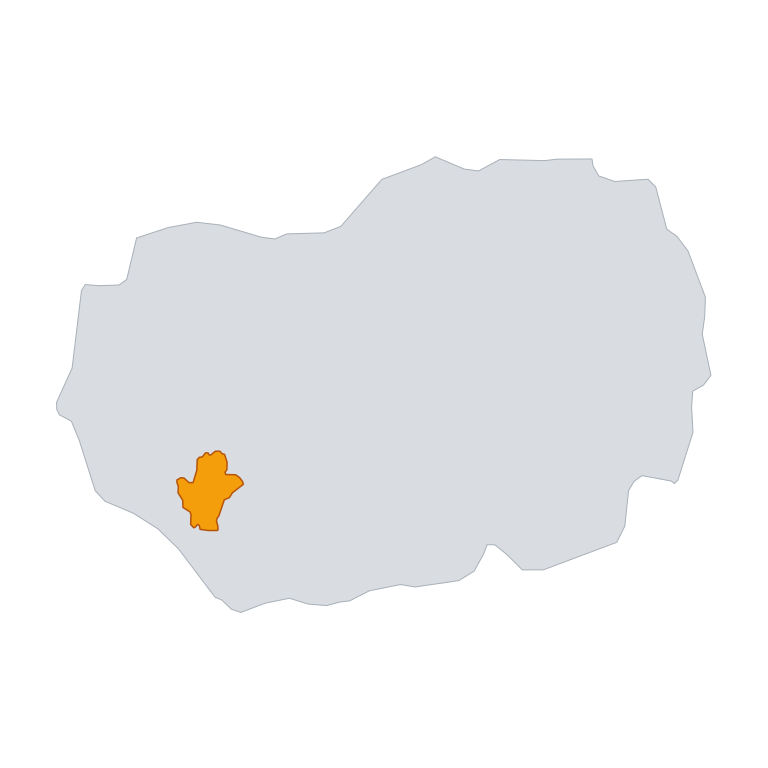 location of Kočani within North Macedonia, rotated 183°
{"feature_id": "MKD-2939", "entity_name": "Kočani", "entity_type": "Statistical Region", "adm_level": 1, "iso_a3": "MKD", "parent_name": "North Macedonia", "parent_adm1": "", "projection": "robinson", "projection_center": [22.392, 41.974], "detail": "coarse", "context": "in_parent", "style": "filled", "palette": "amber", "viewbox_px": 768, "rotation_deg": 183, "n_neighbors": 0, "source": "natural_earth", "source_scale": "10m", "svg_char_len": 1792}
<svg xmlns="http://www.w3.org/2000/svg" viewBox="0 0 768 768"><g transform="rotate(183 384 384)"><path d="M342.9,183.0L357.1,184.6L387.9,176.7L407.0,165.6L416.8,163.9L429.8,159.7L448.4,160.3L467.3,165.1L491.4,158.8L515.0,148.4L524.5,151.0L534.7,159.8L541.5,162.2L580.7,208.7L602.2,227.5L627.5,241.8L656.5,252.3L666.8,262.3L685.4,311.8L694.3,330.6L706.5,336.2L709.5,341.6L710.0,348.7L696.3,383.5L691.0,461.5L687.5,467.6L673.0,467.3L653.7,469.0L646.4,475.0L638.7,516.9L607.8,528.9L579.6,535.7L555.9,534.2L514.2,524.2L500.6,523.1L489.0,528.8L451.8,531.8L435.4,539.1L396.9,588.2L358.0,605.1L344.7,613.6L315.0,602.8L300.8,601.7L280.2,614.2L235.1,615.5L222.9,617.6L188.1,619.6L186.7,612.8L180.4,603.0L164.2,598.3L131.1,602.3L123.0,595.1L109.7,553.4L99.2,546.8L87.4,532.8L67.6,487.5L67.3,467.7L68.8,450.4L58.0,409.8L64.9,399.6L75.3,393.1L75.6,376.8L72.9,352.0L85.5,303.3L88.9,299.8L92.0,302.1L121.6,306.0L129.3,299.8L134.2,290.2L136.1,254.6L143.3,238.1L215.1,206.8L236.1,205.6L252.2,220.0L264.9,229.2L272.6,228.9L275.5,219.7L284.2,201.8L299.0,191.6L342.5,182.9L342.9,183.0Z" fill="#d9dde1" stroke="#a8b0b8" stroke-width="1"/><path d="M519.2,276.5L529.7,267.4L532.4,262.5L537.4,260.0L542.0,243.7L543.8,240.9L544.1,238.3L542.5,233.5L542.1,229.8L542.8,229.0L551.4,228.5L560.0,229.2L561.1,233.1L562.8,234.0L565.0,231.2L566.5,230.5L569.7,233.6L569.9,243.4L571.0,246.1L578.3,250.2L578.9,257.3L584.0,264.6L584.0,270.7L585.7,275.0L585.7,277.4L581.9,279.8L578.8,279.6L573.6,275.3L569.5,275.5L566.4,288.2L566.6,298.5L564.7,301.1L561.6,301.7L558.7,305.8L556.2,306.0L554.8,304.0L553.4,304.0L548.9,308.0L546.5,308.2L544.3,308.2L542.1,306.0L539.5,305.3L536.6,297.7L536.4,290.3L538.1,287.5L537.3,285.3L527.4,285.6L523.5,283.1L520.3,279.4L519.2,276.5Z" fill="#f59e0b" stroke="#b45309" stroke-width="1.5"/></g></svg>